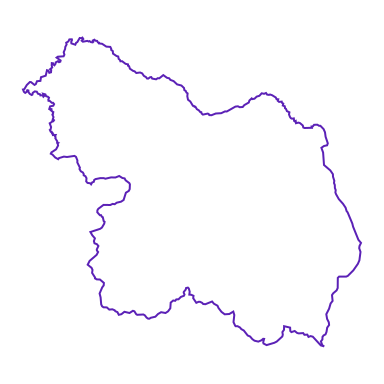 outline of Ayabaca, Piura, Peru
{"feature_id": "86281439B3265311261772", "entity_name": "Ayabaca", "entity_type": "district", "adm_level": 2, "iso_a3": "PER", "parent_name": "Peru", "parent_adm1": "Piura", "projection": "mercator", "projection_center": [-79.898, -4.698], "detail": "fine", "context": "isolated", "style": "outline", "palette": "violet", "viewbox_px": 384, "rotation_deg": 0, "n_neighbors": 0, "source": "geoboundaries", "source_scale": "gbopen_adm2", "svg_char_len": 5788}
<svg xmlns="http://www.w3.org/2000/svg" viewBox="0 0 384 384"><path d="M361.0,242.9L358.4,239.8L353.1,226.7L352.3,223.5L347.6,212.3L346.6,211.1L345.6,207.7L343.0,203.8L338.8,199.1L336.1,194.3L335.4,192.5L335.7,190.1L334.9,188.0L334.8,185.0L334.0,183.0L334.3,180.8L333.0,176.7L332.9,174.2L330.3,170.4L324.0,165.0L323.1,152.5L321.4,147.8L324.0,146.0L327.1,145.3L327.8,143.3L325.6,136.8L325.0,132.3L323.6,129.1L320.4,125.8L319.1,125.8L317.3,124.7L314.1,124.8L312.8,126.4L311.6,126.5L311.9,127.8L304.6,128.0L303.3,127.5L302.8,125.5L300.0,123.1L298.5,122.6L296.0,123.2L295.7,120.9L294.7,121.4L294.1,120.9L293.8,118.4L292.0,118.7L290.9,118.2L290.0,117.0L289.0,114.4L289.4,112.3L286.9,111.1L286.0,108.9L285.0,108.2L284.8,106.3L282.8,105.5L283.3,103.6L282.0,102.8L281.7,101.6L279.1,101.9L277.7,100.7L278.2,99.3L276.5,99.1L275.8,97.5L272.1,95.2L270.0,94.5L269.0,94.9L267.1,94.6L266.0,93.0L264.1,93.8L261.7,93.3L259.4,95.8L256.7,96.6L254.5,98.7L252.3,99.1L251.7,98.4L249.4,100.5L248.8,102.5L244.3,105.1L242.7,107.0L239.7,107.2L237.9,106.3L235.4,106.6L226.8,111.5L225.0,111.4L221.2,113.2L215.8,113.5L211.5,115.2L209.3,115.1L208.6,113.9L207.6,113.6L202.9,114.6L201.6,113.5L201.3,112.2L200.2,112.0L198.9,110.4L196.8,109.1L195.4,106.7L194.5,106.8L194.0,106.0L192.9,105.8L190.3,101.5L188.0,99.7L187.3,96.2L187.6,93.4L186.4,92.5L185.7,90.9L184.4,90.2L184.0,88.0L181.4,85.5L177.1,84.4L173.6,81.1L170.4,79.9L169.2,78.3L167.0,77.8L163.3,75.1L159.3,78.3L157.7,78.2L156.1,79.3L152.2,78.6L151.3,77.1L150.2,77.2L148.2,78.6L147.0,78.5L146.1,77.2L143.8,75.8L142.2,73.4L140.1,72.5L136.3,73.0L134.6,71.3L133.1,70.9L129.9,68.7L129.1,66.2L128.0,65.7L128.0,64.4L125.5,63.8L122.1,61.2L120.4,61.3L119.9,59.9L118.7,58.9L118.2,56.5L116.5,56.0L113.0,53.6L112.8,51.1L111.2,49.9L111.2,48.7L110.3,46.9L106.3,46.6L102.1,43.8L99.0,43.4L99.0,42.7L97.9,42.4L97.1,40.9L95.4,40.7L94.4,39.7L92.8,40.5L93.3,41.8L92.7,42.4L90.9,42.1L89.5,41.1L88.7,41.5L87.3,40.9L82.9,41.7L81.7,40.7L83.3,39.0L82.4,37.6L81.4,38.2L79.7,38.0L77.3,42.1L76.1,42.8L75.3,44.7L71.4,43.4L71.2,41.9L72.0,40.0L71.8,39.3L69.4,39.4L68.3,41.5L66.2,42.7L66.6,44.5L65.3,46.9L65.1,49.0L63.7,52.2L64.4,54.7L63.6,56.3L57.8,56.7L56.6,57.6L60.6,60.5L60.3,61.7L59.0,62.2L57.9,61.2L55.7,62.4L55.5,63.8L54.4,65.3L53.4,64.5L53.1,63.3L51.8,63.1L51.7,65.5L52.2,67.5L50.1,69.2L51.2,70.1L51.0,72.3L49.3,72.8L48.4,70.7L47.0,70.2L45.7,75.7L41.0,77.2L40.4,80.9L37.0,81.2L35.8,84.1L34.5,84.9L31.0,82.1L29.9,82.0L26.8,85.0L24.3,89.2L23.0,89.5L23.9,91.8L25.2,92.9L26.4,92.1L27.3,90.2L28.4,90.5L28.5,92.2L29.8,93.9L31.7,95.0L32.4,94.6L32.8,92.8L34.8,91.4L36.8,91.7L37.9,93.7L40.0,94.3L40.4,95.4L42.6,95.2L43.4,96.7L44.2,95.9L43.2,93.8L45.4,94.4L46.1,96.2L47.8,96.7L49.0,97.7L48.3,99.7L48.5,100.8L49.6,100.8L51.8,102.8L53.1,102.8L54.1,104.1L53.3,105.7L50.1,106.4L49.3,108.9L50.2,109.0L50.0,109.5L50.6,110.1L51.5,109.5L51.7,111.0L53.3,112.1L52.8,113.1L53.1,113.9L52.4,114.7L53.5,117.1L52.8,119.1L54.0,120.2L53.4,121.1L52.5,120.5L51.9,121.9L49.7,123.3L51.1,127.1L50.5,129.7L49.9,130.0L50.7,131.7L51.6,131.8L51.6,132.4L52.4,132.8L52.1,133.6L53.1,134.0L53.0,135.1L55.6,135.0L55.0,136.3L55.6,137.1L55.3,138.2L57.3,141.5L57.1,142.7L58.1,143.0L57.6,143.4L58.1,145.5L56.1,149.3L51.4,152.4L50.8,153.7L52.5,154.6L55.2,157.5L58.2,159.2L59.0,158.1L63.9,156.6L67.0,157.0L74.5,155.9L76.0,156.9L77.4,160.4L77.3,162.4L79.9,167.7L79.5,169.0L80.8,171.3L82.9,172.5L83.7,174.0L83.7,175.3L85.4,176.2L86.5,178.2L86.2,181.4L87.5,182.9L90.3,183.3L91.1,184.3L92.2,182.4L93.8,181.8L94.2,180.0L95.5,179.1L100.4,178.1L103.6,178.1L105.4,178.7L111.1,177.4L115.4,177.5L119.2,176.0L122.4,178.0L124.6,178.4L125.6,180.3L129.3,183.1L129.9,184.3L129.7,189.1L128.8,190.9L125.9,192.7L123.6,200.0L121.0,201.7L116.7,202.7L114.7,204.2L112.6,203.9L110.3,205.0L103.5,204.9L98.3,208.8L97.4,210.3L97.3,212.3L99.9,215.2L101.1,215.2L101.8,216.7L102.8,217.2L103.7,221.1L104.6,221.8L104.2,223.7L101.9,227.6L100.2,228.8L90.4,232.0L92.3,235.3L94.9,238.3L93.9,241.1L94.5,243.3L96.9,244.2L98.4,246.0L96.8,249.4L96.9,250.5L98.1,252.0L96.6,254.9L89.6,260.9L87.7,264.7L91.6,267.9L92.5,269.9L92.1,272.9L95.1,277.6L95.0,278.4L96.8,279.4L99.9,279.5L103.9,282.9L103.7,285.4L102.2,287.4L99.6,293.5L100.6,297.4L101.2,304.4L102.1,306.3L103.5,307.3L106.8,307.4L109.3,309.6L112.4,309.3L114.7,310.3L115.3,311.2L117.4,312.1L118.8,314.8L121.4,314.2L124.4,311.8L129.5,313.0L132.9,310.8L134.4,311.3L136.2,314.2L137.2,314.8L143.4,314.5L144.8,315.3L146.6,317.6L148.2,318.7L149.4,318.7L150.7,317.8L155.4,316.7L158.0,314.0L161.1,312.2L165.5,313.0L168.0,311.4L170.3,308.3L170.7,302.6L173.2,300.5L175.2,300.8L176.3,299.4L178.5,299.3L180.9,296.9L183.9,295.8L184.5,294.5L183.7,292.7L183.8,291.9L185.7,289.6L186.1,288.0L187.9,287.6L188.8,288.5L189.7,291.7L189.3,294.6L191.3,294.8L193.5,295.8L193.2,298.2L196.3,302.8L198.6,301.8L200.0,301.8L202.1,302.8L203.2,304.0L205.4,304.2L212.1,301.5L213.9,303.7L217.5,305.7L218.5,308.0L221.5,311.9L224.7,314.3L229.3,314.0L233.3,311.6L234.3,315.0L233.5,322.1L235.1,325.6L235.6,326.2L237.6,326.2L240.0,327.5L241.3,329.1L243.8,330.5L247.7,335.5L250.1,336.5L252.3,339.1L254.5,340.7L258.3,341.6L261.4,340.3L263.2,338.8L264.1,338.9L263.2,342.3L263.5,343.5L266.6,345.1L274.3,342.8L276.7,341.6L282.3,336.5L282.8,334.7L282.4,332.1L284.0,329.8L284.1,326.2L290.1,327.6L290.3,331.0L291.4,332.1L294.7,331.0L297.2,333.0L298.8,333.4L303.2,333.1L304.4,334.8L307.3,334.6L308.5,336.9L310.6,336.1L312.8,336.7L320.8,345.4L324.2,346.4L322.3,345.2L320.9,341.4L322.4,339.5L322.5,336.9L323.6,335.4L325.5,334.4L326.5,331.9L327.2,327.6L329.1,325.0L328.8,322.3L327.1,318.9L326.3,314.2L329.1,308.7L330.6,303.5L332.6,300.9L332.0,295.1L333.2,293.3L336.6,290.4L337.7,288.0L337.8,277.9L339.1,276.6L346.2,276.6L347.8,275.9L353.3,270.4L357.9,263.8L359.4,260.3L360.5,251.9L359.2,248.2L359.5,246.0L361.0,242.9Z" fill="none" stroke="#5b21b6" stroke-width="2"/></svg>